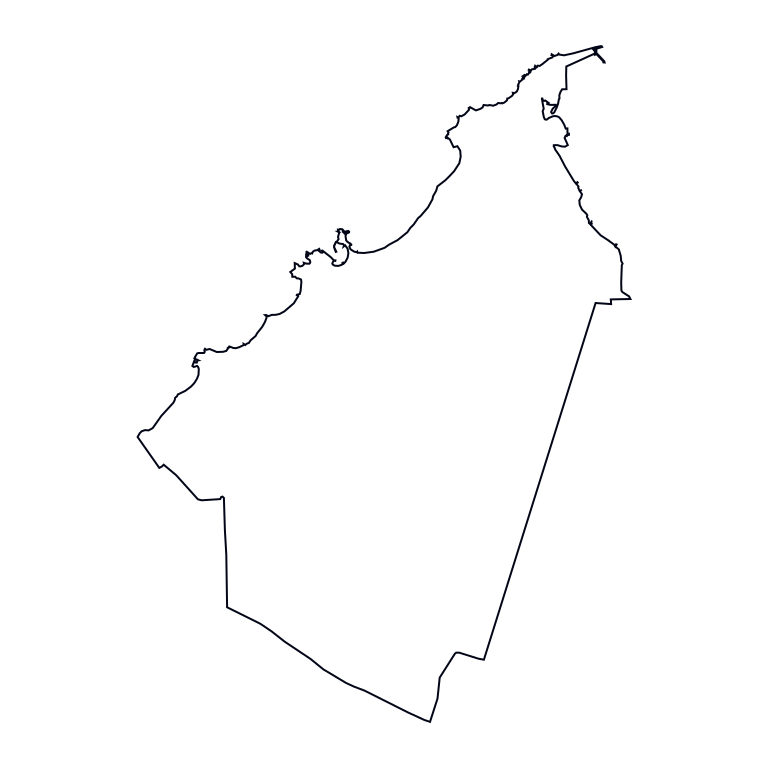 outline of Muntazah, Al Iskandariyah, Egypt
{"feature_id": "37247803B90463856595624", "entity_name": "Muntazah", "entity_type": "district", "adm_level": 2, "iso_a3": "EGY", "parent_name": "Egypt", "parent_adm1": "Al Iskandariyah", "projection": "orthographic", "projection_center": [30.035, 31.264], "detail": "fine", "context": "isolated", "style": "outline", "palette": "ink", "viewbox_px": 768, "rotation_deg": 0, "n_neighbors": 0, "source": "geoboundaries", "source_scale": "gbopen_adm2", "svg_char_len": 6032}
<svg xmlns="http://www.w3.org/2000/svg" viewBox="0 0 768 768"><path d="M227.1,607.3L260.2,623.7L271.5,631.3L284.6,641.6L310.6,659.0L323.4,669.4L346.3,683.1L354.2,686.7L364.5,690.6L408.1,712.5L424.2,719.9L430.0,721.9L437.5,698.6L439.7,677.6L454.9,653.7L456.2,652.7L459.3,652.7L478.5,658.7L483.9,659.7L595.6,303.0L611.1,304.1L610.8,299.4L630.4,299.0L629.1,296.4L622.3,292.0L621.4,290.5L621.2,282.3L621.8,265.2L622.6,263.6L621.2,261.0L620.7,255.7L618.8,249.4L615.4,246.5L616.6,244.5L616.1,244.3L615.2,246.4L614.1,244.6L609.4,241.2L610.0,240.7L609.3,241.0L600.6,235.3L590.0,224.0L591.6,223.6L591.0,222.8L591.7,221.7L592.2,221.8L591.6,221.4L590.7,222.9L591.0,223.3L589.9,223.8L588.9,223.0L588.8,220.3L586.9,216.8L587.3,215.4L586.4,213.8L582.0,209.6L579.8,205.0L579.3,200.4L581.1,197.3L582.0,194.3L579.8,191.1L581.0,190.4L581.4,190.7L580.9,189.7L580.9,190.3L579.6,190.8L578.2,187.7L578.5,186.5L576.2,183.7L577.7,182.6L577.3,182.2L576.0,183.6L573.9,181.0L565.1,166.5L559.6,155.9L555.2,149.5L554.8,148.3L555.5,148.5L554.8,148.2L553.7,146.2L553.8,145.2L557.4,145.1L561.5,146.4L564.9,146.7L567.8,145.1L564.6,137.9L565.5,136.0L566.7,136.1L566.7,135.0L568.9,134.9L568.9,133.7L567.5,133.7L567.4,128.4L565.7,128.6L564.3,124.9L561.8,120.4L559.3,117.4L557.4,116.4L555.0,116.0L552.8,116.3L549.0,117.9L546.6,119.7L544.8,119.3L543.8,117.0L542.7,111.2L543.7,108.7L541.9,98.9L542.1,97.7L542.7,99.9L544.1,100.9L545.3,100.5L548.4,102.8L547.3,103.3L547.2,104.1L550.3,104.9L555.6,104.8L555.5,106.1L552.7,108.7L551.1,112.0L552.1,113.5L553.3,113.3L554.3,112.3L556.7,107.6L558.1,103.6L558.9,99.1L559.5,98.5L559.3,95.4L560.4,92.1L562.1,89.3L566.5,89.2L566.1,75.5L566.3,66.5L593.8,54.0L595.5,55.5L594.9,54.7L594.9,51.3L593.2,49.3L594.6,48.6L595.4,49.9L595.4,52.4L595.9,53.5L603.2,61.2L603.4,62.4L604.6,62.5L604.2,61.2L596.3,52.8L596.5,48.7L602.2,47.0L601.9,46.4L601.0,46.1L595.4,47.2L573.0,53.4L564.1,55.3L559.4,54.6L558.5,53.6L557.6,54.9L554.5,56.0L551.7,54.3L551.5,55.1L552.4,55.3L553.0,56.4L552.4,57.4L547.7,59.2L547.7,59.8L542.1,64.3L539.7,65.9L537.5,65.7L536.8,66.7L535.7,66.6L535.1,65.9L534.7,66.9L535.6,67.4L535.0,67.5L535.4,68.5L534.9,68.9L532.2,69.2L530.9,70.4L528.9,69.6L528.7,70.0L529.3,70.4L530.8,70.7L530.2,72.4L529.0,72.3L529.1,73.0L527.8,74.6L527.0,74.2L526.2,75.1L526.1,74.4L525.7,75.5L524.5,75.5L524.9,75.3L524.5,75.0L523.2,75.9L524.0,76.1L524.3,77.4L523.7,77.7L523.8,78.2L523.0,78.0L523.2,78.7L522.3,79.0L522.5,79.5L519.9,81.6L519.2,81.4L519.4,82.2L518.1,84.8L518.4,85.7L517.9,86.1L518.3,86.7L518.0,89.0L516.8,91.5L514.6,93.1L512.8,92.8L513.1,94.4L512.0,95.9L508.5,98.3L507.3,98.5L507.0,100.3L504.4,102.5L502.3,103.4L501.6,103.1L502.4,102.7L500.7,103.3L498.1,103.0L496.5,104.5L493.2,105.7L489.4,105.0L488.1,105.5L483.6,105.0L482.6,107.4L480.3,108.9L475.9,110.4L470.5,107.4L469.1,108.4L469.2,107.7L468.7,108.0L469.0,109.8L464.6,114.5L461.2,116.3L459.7,115.8L458.4,117.5L457.4,117.0L457.5,117.7L458.6,118.1L458.7,118.7L458.3,121.8L456.9,125.3L455.2,127.1L454.0,127.3L447.6,131.2L448.5,132.6L448.0,133.6L448.2,134.4L447.1,135.0L445.7,137.3L446.0,138.1L446.9,138.0L446.8,137.3L447.3,137.3L448.0,138.1L447.4,138.1L447.6,138.4L448.2,138.2L449.9,139.5L453.6,147.2L457.4,146.2L460.2,150.6L460.7,156.6L459.3,163.3L454.1,171.2L450.0,175.6L445.4,180.2L437.4,186.4L436.2,190.7L433.0,196.4L432.5,199.2L427.9,207.5L420.6,216.0L418.1,218.1L413.7,224.5L410.4,227.8L407.4,232.2L397.6,240.1L389.2,244.6L384.6,247.8L373.8,251.7L364.2,253.0L357.5,252.7L357.2,251.7L356.8,252.2L354.1,251.6L350.5,249.3L349.4,246.7L349.8,245.6L351.0,244.9L351.8,245.5L350.7,243.9L350.2,244.5L350.3,243.8L347.3,241.7L346.2,240.4L345.5,236.0L346.6,232.9L347.8,232.7L348.5,233.7L348.2,232.9L349.1,232.2L349.1,231.6L348.1,230.9L345.3,231.6L344.7,232.4L345.4,232.9L344.7,233.6L342.9,231.8L342.7,230.8L344.0,231.1L342.4,229.3L339.9,229.0L339.3,229.7L337.9,229.6L338.0,231.0L338.9,231.8L338.1,231.8L339.3,232.5L338.0,237.0L338.6,239.1L336.7,241.8L335.9,241.9L334.0,245.9L334.1,247.5L335.8,251.9L336.3,251.7L334.2,247.3L334.2,245.9L336.0,242.1L336.7,242.0L339.2,243.5L343.2,244.1L344.0,245.4L343.7,246.4L345.1,245.3L347.6,248.7L348.4,253.3L347.6,257.8L345.3,262.0L343.7,263.6L343.1,262.6L342.5,263.0L343.1,263.7L341.5,264.9L338.4,265.9L334.8,265.7L332.7,264.5L332.3,263.4L333.7,260.5L335.3,260.9L335.4,260.4L333.8,260.3L330.7,257.1L322.5,250.6L322.0,250.7L323.1,252.0L322.4,252.7L320.8,252.5L318.7,250.7L319.6,249.9L319.2,248.9L317.1,250.2L314.4,250.6L312.8,251.8L312.2,253.4L311.6,253.1L310.1,253.9L306.1,251.3L306.7,252.4L306.1,254.6L306.4,255.2L306.7,254.3L307.3,255.1L308.1,254.7L308.3,255.6L307.7,256.0L307.5,255.3L306.5,255.9L306.2,255.1L306.0,257.0L306.9,258.2L309.8,260.2L310.3,262.1L309.9,263.2L309.4,263.7L306.7,263.7L303.8,262.8L304.1,264.1L302.6,265.7L300.4,266.4L299.3,266.3L297.9,264.5L294.7,263.1L294.9,268.6L290.3,272.0L292.2,274.2L292.3,276.8L295.1,276.7L296.9,278.4L298.5,278.4L301.0,279.5L301.4,281.9L300.6,291.0L299.7,294.1L297.0,294.7L296.8,295.1L298.0,295.7L298.2,296.3L293.8,303.3L284.2,311.5L279.5,314.0L275.8,314.8L271.7,314.9L268.5,316.2L266.0,315.0L265.1,315.1L266.7,316.5L266.5,317.8L265.0,321.9L262.1,327.0L257.2,333.1L255.6,336.0L250.6,340.3L248.9,342.9L246.6,343.8L245.3,345.0L243.6,343.9L243.7,345.1L239.2,347.2L235.8,348.2L233.4,348.0L230.3,346.8L229.1,347.5L228.9,346.9L228.0,348.0L227.6,347.2L227.8,348.7L226.3,350.9L223.1,351.8L216.8,352.0L209.6,349.0L206.4,349.8L205.0,348.8L204.3,350.2L204.8,351.8L204.0,353.0L198.5,353.0L197.2,353.4L195.1,356.8L195.2,358.0L194.5,358.3L195.0,358.8L194.8,359.6L196.8,359.5L198.3,360.3L197.4,360.4L196.8,362.6L194.9,362.5L194.8,361.3L194.1,361.3L192.4,366.0L193.8,367.0L197.1,365.9L198.2,367.1L198.8,369.0L198.5,374.9L196.9,378.9L194.2,383.2L191.2,386.4L185.4,390.8L177.8,394.5L177.0,396.3L175.2,397.7L174.7,400.1L173.4,402.7L161.4,415.8L152.7,428.1L148.6,430.4L145.1,430.1L141.7,431.2L139.7,433.3L137.6,437.0L159.3,467.9L161.9,466.5L163.7,464.7L176.2,475.2L197.9,499.3L201.7,500.3L220.2,499.1L221.2,497.0L222.5,496.6L223.9,497.9L224.9,530.3L226.3,554.7L227.1,607.3Z" fill="none" stroke="#020617" stroke-width="2"/></svg>